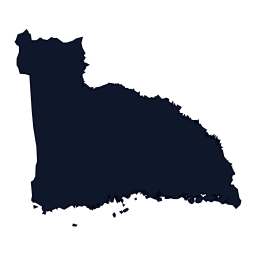 Boalemo, Gorontalo, Indonesia
{"feature_id": "22746128B1718153682633", "entity_name": "Boalemo", "entity_type": "district", "adm_level": 2, "iso_a3": "IDN", "parent_name": "Indonesia", "parent_adm1": "Gorontalo", "projection": "orthographic", "projection_center": [122.441, 0.682], "detail": "fine", "context": "isolated", "style": "filled", "palette": "ink", "viewbox_px": 256, "rotation_deg": 0, "n_neighbors": 0, "source": "geoboundaries", "source_scale": "gbopen_adm2", "svg_char_len": 5883}
<svg xmlns="http://www.w3.org/2000/svg" viewBox="0 0 256 256"><path d="M82.0,37.7L76.1,39.2L73.5,41.2L66.9,43.3L63.0,43.3L56.8,38.7L53.5,38.8L51.6,37.8L47.5,40.8L42.1,39.8L41.1,38.4L40.0,38.4L36.9,40.9L31.1,41.0L30.1,34.7L28.0,33.4L27.8,31.8L26.4,30.1L23.5,33.1L18.2,35.0L16.3,40.9L15.4,41.5L16.8,44.0L19.7,46.2L19.7,52.3L17.4,58.7L17.3,65.0L18.8,67.5L20.4,73.1L25.4,73.4L30.1,74.8L32.4,110.0L34.0,127.6L37.1,146.4L37.8,161.6L36.4,165.7L36.0,176.6L34.0,180.6L31.6,182.2L32.8,195.8L31.9,200.1L32.9,201.3L33.4,200.4L33.6,201.9L34.5,201.6L34.1,202.3L34.7,201.7L36.2,202.2L43.0,206.4L42.4,208.2L43.0,210.2L44.5,211.5L43.1,213.3L45.0,213.8L45.4,212.3L44.7,211.6L45.5,210.4L47.4,210.8L49.5,210.1L51.3,211.0L51.1,210.3L51.9,209.6L56.2,207.6L56.9,208.5L57.2,207.4L59.4,206.8L64.1,209.0L71.2,204.9L73.0,205.0L74.2,206.7L74.5,204.4L75.3,204.8L76.4,203.7L78.1,205.1L76.3,206.0L76.4,206.7L79.0,205.2L81.9,205.9L85.1,204.4L85.6,205.4L86.9,205.7L87.2,207.0L88.6,207.5L89.4,206.4L90.0,208.9L91.4,209.0L91.5,208.3L92.5,209.2L92.8,206.6L93.5,208.2L94.7,208.6L95.5,208.0L94.4,206.4L97.4,207.4L99.5,206.8L99.7,206.0L96.2,204.0L102.0,205.1L104.1,202.4L105.9,202.0L107.3,203.2L108.4,202.8L106.9,201.2L107.6,200.2L108.1,201.1L109.1,200.9L108.5,197.1L109.2,195.6L109.5,198.1L110.9,199.3L110.8,201.2L111.7,201.8L112.8,201.6L113.5,197.5L115.1,197.0L114.9,195.1L115.7,196.2L115.6,198.3L117.4,197.1L117.1,195.8L118.1,197.4L115.9,199.8L117.2,199.2L116.6,200.7L117.2,201.8L117.7,200.1L118.4,200.1L118.1,201.5L119.3,201.5L119.3,199.7L119.4,200.7L120.7,199.9L121.6,201.4L122.3,200.9L122.5,201.5L122.8,200.2L120.8,198.0L122.8,195.9L122.2,195.3L123.5,196.0L123.2,195.4L124.1,194.7L125.7,196.6L127.1,196.2L126.3,197.3L127.9,198.1L129.8,196.2L130.1,194.4L131.2,193.4L132.0,193.9L133.3,191.5L134.0,193.2L135.3,192.3L136.6,193.7L137.3,192.4L136.8,190.7L138.1,191.9L138.9,191.2L139.4,192.3L139.4,191.2L141.1,191.7L142.2,190.1L142.7,190.8L141.6,192.7L144.6,191.1L145.3,191.5L144.4,192.7L143.4,192.4L143.0,193.8L144.2,194.8L143.3,195.2L146.3,194.5L146.9,193.2L147.9,194.4L147.3,196.4L146.0,196.7L146.5,198.1L150.3,196.6L153.1,197.8L153.9,197.2L153.7,198.2L155.8,198.9L156.6,196.5L157.9,197.2L159.6,196.3L158.3,196.0L158.0,195.1L157.1,195.4L157.0,194.4L157.9,194.4L157.6,193.5L158.5,193.0L159.2,193.7L159.4,191.9L160.9,195.1L160.0,195.2L160.6,195.8L168.2,196.5L167.3,197.6L165.5,197.5L165.4,198.2L166.6,198.3L170.7,197.8L170.5,196.7L169.3,196.4L171.0,196.2L172.9,198.3L177.2,198.4L178.7,197.9L178.5,195.8L180.0,196.1L180.0,197.1L180.9,196.8L181.2,195.7L184.9,193.7L182.3,196.4L184.6,197.9L185.2,199.6L186.5,199.7L187.0,199.0L185.3,196.4L185.1,195.1L186.3,193.8L187.9,198.2L189.1,196.8L190.0,197.5L191.2,196.2L192.8,198.6L193.5,196.9L194.5,197.6L197.3,195.7L198.4,196.9L197.0,197.7L195.8,200.9L196.4,202.3L197.9,202.6L200.6,201.9L202.6,198.7L201.6,196.2L199.5,195.5L200.5,193.3L202.3,193.2L202.7,194.2L206.0,193.4L207.3,195.5L204.6,196.8L203.6,198.0L203.7,199.0L206.3,201.1L206.8,200.2L209.5,200.5L210.5,201.5L212.3,201.3L213.8,199.9L215.0,200.3L215.4,198.9L217.1,197.6L216.7,196.6L213.7,195.6L213.3,194.5L217.3,196.0L218.9,195.3L219.1,193.8L219.8,196.0L221.3,196.0L221.2,196.7L215.9,199.5L216.0,200.5L219.5,201.1L222.5,203.6L225.0,202.7L224.7,201.5L226.8,199.7L226.1,202.8L228.3,204.0L232.9,204.4L236.1,208.0L239.8,204.3L240.6,200.9L238.7,198.3L237.2,189.6L233.9,186.9L233.4,185.3L230.4,185.4L230.1,183.3L232.2,179.9L231.3,178.1L232.0,175.0L234.3,174.1L234.4,173.0L233.4,172.3L232.3,169.2L231.2,168.6L231.6,166.9L229.9,166.3L231.3,164.1L228.1,162.8L227.6,161.0L225.8,161.2L225.9,159.6L223.6,157.1L222.2,150.7L219.8,147.7L221.6,147.3L220.0,146.0L220.5,144.0L217.2,144.7L218.9,143.2L219.5,140.5L217.1,141.3L218.2,140.0L217.0,139.2L216.8,137.8L216.1,139.3L214.5,139.2L214.8,137.0L213.8,138.1L213.0,137.7L213.6,135.5L211.7,136.6L211.2,138.2L210.5,137.8L210.6,135.6L207.0,136.5L206.0,134.8L207.6,135.3L208.1,134.7L206.9,132.8L204.6,131.5L206.1,130.1L202.0,127.4L200.2,124.5L198.4,124.3L198.1,120.7L195.8,123.1L195.2,122.1L196.5,121.6L196.5,120.7L192.7,120.8L190.7,119.8L190.2,118.5L188.4,119.2L188.5,117.2L187.6,116.1L185.6,118.3L184.4,115.3L182.7,117.5L181.6,114.8L182.1,113.8L178.9,113.4L179.0,111.3L177.5,109.9L179.4,109.3L180.8,107.3L177.5,105.4L176.9,107.1L176.0,107.4L174.5,104.7L174.0,106.8L173.0,107.3L172.6,102.5L171.4,104.3L167.9,101.2L168.5,99.5L166.5,98.4L161.8,99.8L158.0,95.6L156.7,97.0L155.3,97.0L155.5,98.6L153.8,98.1L152.9,99.4L151.8,97.7L149.2,98.8L145.1,96.0L144.2,98.4L142.1,96.2L140.4,96.9L138.9,94.7L139.1,92.6L137.6,93.4L133.7,90.8L133.5,89.5L132.0,90.5L130.9,89.5L129.4,89.9L127.3,88.6L125.0,88.8L124.0,87.0L122.4,86.4L121.5,85.1L118.8,85.0L118.1,84.0L116.4,84.9L115.7,84.1L114.8,84.8L113.1,84.1L112.6,84.8L112.0,83.9L108.6,83.5L108.4,84.2L102.9,86.2L104.0,86.7L103.2,87.4L100.2,87.1L99.2,88.3L98.5,87.6L95.9,88.1L95.4,89.9L94.6,89.1L91.4,89.4L92.3,87.9L89.7,88.1L85.0,84.0L83.2,85.5L83.8,83.9L82.9,82.2L83.8,81.5L82.6,80.6L83.0,79.2L81.9,77.2L80.8,76.9L81.9,76.3L81.8,73.9L84.3,72.3L82.5,71.1L83.9,68.0L84.8,67.8L84.7,68.8L85.3,68.0L84.6,66.7L88.3,64.8L85.7,63.4L84.0,63.7L83.7,62.1L81.8,61.1L83.6,59.8L84.9,57.5L83.6,56.6L83.1,55.0L84.7,53.3L81.9,48.3L80.7,42.9L82.0,37.7ZM191.7,198.5L189.7,199.3L189.6,200.3L188.9,199.6L188.4,200.2L189.4,202.0L191.3,203.3L192.6,203.0L194.0,201.1L193.4,199.1L191.7,198.5ZM158.8,198.1L156.8,198.8L158.2,201.0L161.3,200.3L160.9,198.3L159.8,198.1L159.3,198.8L158.8,198.1ZM127.1,208.6L123.8,210.5L123.6,211.4L124.9,211.7L126.9,210.5L128.0,209.2L127.1,208.6ZM76.3,225.2L73.5,224.4L73.1,225.4L75.7,225.9L76.3,225.2ZM114.3,216.7L115.0,216.2L115.0,214.5L114.2,213.3L113.2,214.6L114.3,216.7ZM36.7,206.9L34.3,205.9L34.0,206.0L34.4,207.8L36.7,206.9ZM121.4,213.0L122.2,212.3L121.6,211.3L120.3,211.9L121.4,213.0ZM124.1,205.0L123.4,204.7L123.6,205.5L124.1,205.0ZM135.9,198.5L135.3,198.9L135.6,199.4L136.1,199.2L135.9,198.5Z" fill="#0f172a" stroke="#020617" stroke-width="1.5"/></svg>